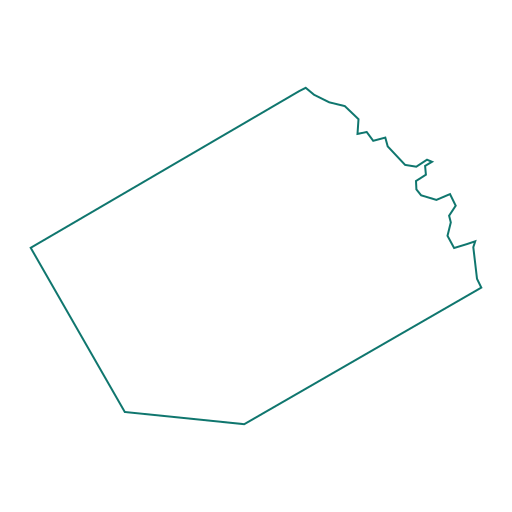 Navarro, Texas, United States of America (Albers equal-area conic projection)
{"feature_id": "52423323B81183293432055", "entity_name": "Navarro", "entity_type": "district", "adm_level": 2, "iso_a3": "USA", "parent_name": "United States of America", "parent_adm1": "Texas", "projection": "albers", "projection_center": [-96.239, 32.063], "detail": "fine", "context": "isolated", "style": "outline", "palette": "teal", "viewbox_px": 512, "rotation_deg": 0, "n_neighbors": 0, "source": "geoboundaries", "source_scale": "gbopen_adm2", "svg_char_len": 555}
<svg xmlns="http://www.w3.org/2000/svg" viewBox="0 0 512 512"><path d="M244.2,424.2L481.3,287.6L477.0,278.8L473.3,247.2L475.2,241.3L466.9,244.1L454.1,248.0L447.5,235.8L450.8,222.4L449.1,215.7L455.7,205.7L450.0,194.1L436.4,199.9L421.1,195.3L416.4,189.4L416.0,181.0L425.9,174.7L425.1,165.9L432.0,161.8L427.0,159.7L416.3,166.7L405.1,164.9L387.7,146.4L385.3,137.6L373.2,140.8L366.7,132.0L357.5,133.9L358.5,119.2L344.8,106.1L329.2,102.3L314.1,94.8L305.7,87.8L299.2,91.1L30.7,247.8L124.8,412.0L244.2,424.2Z" fill="none" stroke="#0f766e" stroke-width="2"/></svg>